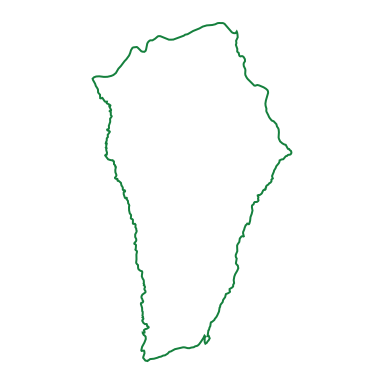 the district of Toledo, Antioquia, Colombia
{"feature_id": "7082276B75943482080922", "entity_name": "Toledo", "entity_type": "district", "adm_level": 2, "iso_a3": "COL", "parent_name": "Colombia", "parent_adm1": "Antioquia", "projection": "robinson", "projection_center": [-75.717, 7.008], "detail": "fine", "context": "isolated", "style": "outline", "palette": "green", "viewbox_px": 384, "rotation_deg": 0, "n_neighbors": 0, "source": "geoboundaries", "source_scale": "gbopen_adm2", "svg_char_len": 6013}
<svg xmlns="http://www.w3.org/2000/svg" viewBox="0 0 384 384"><path d="M236.7,31.5L235.6,33.1L234.1,33.2L232.5,32.7L231.6,32.0L224.5,23.8L223.0,23.1L218.9,23.0L217.5,23.2L215.2,24.3L212.2,25.0L206.8,25.4L202.7,26.6L199.5,28.4L193.1,31.0L187.6,34.2L185.1,34.7L183.8,35.7L173.2,39.6L169.0,39.7L160.4,36.2L158.9,36.1L157.8,36.4L155.0,38.8L153.2,39.9L152.5,40.3L150.5,40.3L149.7,40.6L148.4,41.7L147.3,43.4L146.1,49.4L145.6,50.8L144.4,51.8L142.7,51.7L141.4,51.3L137.8,47.7L136.8,47.0L133.4,47.4L132.5,47.8L131.0,50.2L130.2,52.9L129.1,55.5L126.4,59.2L124.5,61.2L120.9,66.0L118.4,68.7L115.9,73.0L113.4,75.0L111.3,75.9L107.4,76.8L104.0,76.9L99.2,76.3L96.1,76.5L94.0,77.3L92.6,78.7L93.0,80.0L95.1,83.7L95.8,85.9L97.6,88.7L98.0,89.9L98.1,92.3L98.4,92.9L100.0,94.7L100.2,98.2L100.9,98.4L102.4,97.9L104.6,101.2L105.2,101.7L106.9,101.7L106.6,102.8L106.8,103.3L109.5,104.6L110.4,105.4L110.2,106.0L109.3,106.0L109.3,106.5L111.1,109.9L111.0,110.5L110.1,110.7L109.7,111.1L110.8,112.3L110.8,115.0L111.7,116.2L111.4,116.9L110.1,118.7L110.2,121.9L108.8,125.9L109.0,127.1L108.9,128.5L108.6,129.0L107.2,129.5L107.1,129.8L107.5,130.4L109.5,131.2L109.8,131.6L109.7,132.1L107.7,134.9L107.9,137.0L106.8,138.3L106.7,140.8L106.2,141.7L105.7,143.5L106.0,144.0L106.4,143.2L106.6,143.1L106.8,143.5L106.2,145.9L106.2,147.1L106.5,147.9L106.0,148.0L106.2,148.4L106.3,150.3L107.0,152.6L106.8,154.6L106.4,154.9L105.8,154.7L105.5,154.9L105.2,155.5L108.1,159.3L110.2,160.0L111.7,160.3L112.6,160.2L112.9,160.8L113.9,161.4L114.0,164.2L115.0,165.2L115.3,166.6L115.7,166.6L115.9,167.1L115.3,169.8L115.4,172.3L116.3,174.6L116.4,175.5L115.9,176.6L115.0,177.6L115.0,178.0L115.4,178.5L116.5,179.0L117.3,178.9L117.6,179.3L117.5,180.5L117.7,180.8L118.8,181.0L120.9,182.8L121.5,185.6L122.2,186.4L122.8,187.7L122.8,189.6L123.3,190.2L124.6,190.2L125.1,191.0L125.0,191.5L124.1,191.8L123.7,192.5L123.7,194.2L124.9,197.8L125.5,198.1L126.6,197.8L126.9,198.1L126.5,198.9L126.6,199.2L127.9,200.8L128.2,203.4L129.0,204.6L129.3,205.6L129.0,206.9L129.1,210.4L129.8,213.4L130.9,214.7L131.1,215.6L130.8,218.2L131.3,218.8L132.4,219.2L132.9,219.8L132.9,223.5L133.3,223.9L135.0,223.9L135.6,224.8L135.4,227.2L136.2,228.6L136.3,230.0L136.7,231.0L136.4,232.1L135.2,234.4L135.2,236.2L135.2,237.0L136.2,239.0L136.3,240.2L136.0,241.2L134.4,243.1L134.3,243.5L134.5,244.0L135.5,244.4L136.0,245.1L135.8,248.3L135.4,249.6L135.7,250.1L136.6,250.7L137.0,251.7L136.4,254.6L136.5,259.3L136.2,262.3L136.2,262.9L136.8,263.9L138.0,265.1L138.1,268.0L138.6,269.4L140.3,270.7L142.0,271.3L142.3,272.1L141.8,276.3L142.8,278.9L143.3,279.4L143.7,280.3L143.9,282.4L143.6,283.5L144.2,284.3L143.8,285.2L144.8,286.3L145.0,287.1L144.4,288.6L144.4,289.4L145.5,291.2L145.4,292.4L142.4,294.6L141.5,296.3L141.5,297.8L142.3,299.1L142.6,300.3L143.2,301.2L142.9,302.2L142.5,302.6L141.3,302.8L140.9,303.6L140.9,304.1L142.1,307.9L142.2,311.1L142.7,311.8L142.7,314.3L142.4,315.4L143.0,316.7L142.5,317.5L143.2,318.0L143.4,318.8L142.9,319.8L142.3,320.2L142.3,320.9L143.5,323.0L145.0,324.1L146.4,324.0L146.8,324.2L147.1,326.0L148.4,326.7L148.7,327.3L148.6,327.6L146.7,328.8L145.3,329.1L144.1,330.0L143.9,330.3L144.6,332.0L144.5,332.6L144.1,332.7L142.7,332.5L142.8,333.4L143.3,334.0L143.7,334.9L144.6,335.5L145.6,336.6L145.8,339.0L144.4,342.6L142.1,346.8L141.3,350.3L141.6,350.9L143.9,350.6L144.3,351.2L144.5,353.3L143.2,357.2L143.2,357.9L145.4,360.6L147.4,361.0L147.6,360.6L148.1,360.6L150.1,359.1L154.0,358.7L157.5,357.7L159.1,357.0L161.1,356.6L163.1,355.6L165.0,355.3L167.7,353.6L169.3,351.8L170.7,351.5L174.9,349.2L183.1,347.3L184.9,347.4L187.5,348.1L189.3,348.2L191.2,347.6L193.8,347.2L195.0,346.4L197.5,345.7L199.0,344.4L201.0,341.7L203.4,338.0L204.5,335.7L205.3,336.6L204.3,338.9L204.7,339.1L204.6,341.0L204.8,342.4L205.4,343.7L206.7,342.9L207.6,341.4L208.6,340.4L209.7,338.3L208.7,335.9L207.6,336.1L208.4,330.4L209.0,329.8L209.5,327.6L210.3,326.1L210.7,323.0L211.2,322.1L212.1,321.8L214.3,320.0L214.8,318.9L216.5,316.8L217.4,315.1L219.0,311.5L219.6,307.6L220.1,306.9L220.3,305.3L221.0,304.1L222.6,302.2L223.2,299.8L225.1,297.2L225.9,294.1L228.3,293.1L229.8,292.1L230.0,291.5L229.6,290.5L229.6,289.0L232.0,287.6L233.1,286.5L233.2,284.8L234.1,283.1L233.7,280.1L234.3,276.6L235.2,274.2L237.3,270.6L238.3,268.2L237.8,265.6L236.4,264.2L235.9,263.2L236.7,258.5L236.0,257.4L235.7,256.1L235.8,254.8L237.3,251.2L237.1,245.6L237.6,244.4L239.3,241.9L239.8,238.5L241.3,236.6L241.8,236.3L242.7,236.2L243.3,236.5L243.8,236.3L243.1,233.5L243.1,232.1L244.2,229.5L244.6,227.9L245.7,225.2L246.5,224.7L247.2,223.6L247.8,223.6L248.8,224.2L249.0,224.1L249.4,223.4L250.1,220.8L250.5,217.1L251.7,213.9L252.5,210.6L251.9,207.1L252.0,205.7L252.3,205.2L253.5,204.4L254.0,202.9L254.6,202.1L257.0,201.9L258.2,201.0L258.5,200.2L258.0,198.8L258.4,197.5L257.8,196.1L257.7,195.4L258.4,195.0L259.4,195.2L261.3,193.9L261.9,193.2L263.1,190.5L264.0,189.8L264.9,189.9L265.6,189.2L265.7,188.8L265.4,188.4L266.1,187.4L266.0,186.8L266.3,186.1L267.2,185.2L268.4,184.5L269.2,183.3L270.4,182.7L271.3,181.6L271.5,180.9L271.4,179.7L271.9,179.1L272.8,178.5L272.1,176.4L272.1,175.9L273.9,171.6L274.1,170.5L275.5,168.3L276.3,166.2L278.8,163.2L279.5,161.6L279.6,160.4L281.4,159.5L283.3,159.2L285.7,156.3L287.2,155.8L287.6,155.2L288.4,154.8L289.7,154.7L290.5,154.4L291.2,153.5L291.4,152.3L291.0,151.0L289.5,149.8L289.2,149.1L287.9,148.8L285.7,144.8L284.4,144.5L282.4,143.4L280.1,141.4L278.9,138.7L278.6,137.4L278.9,132.4L278.7,129.8L278.3,128.4L277.0,126.5L276.4,124.2L273.7,121.3L271.7,120.5L269.9,118.3L269.0,116.9L268.2,115.0L266.5,111.7L266.3,110.9L266.4,108.6L265.6,105.8L265.4,103.6L265.9,100.5L268.1,92.9L268.0,91.4L267.5,90.2L266.0,88.8L263.6,87.3L259.1,85.4L257.3,85.0L255.1,85.7L254.2,85.5L247.7,79.0L246.6,77.5L245.4,75.1L245.2,73.7L245.4,70.3L245.2,69.0L243.8,66.1L243.6,64.2L243.8,63.1L245.0,61.2L244.9,59.2L243.7,57.1L242.7,56.3L242.0,56.1L240.4,56.4L239.6,56.0L239.2,55.2L238.6,52.7L237.6,52.1L237.2,51.4L237.3,48.9L235.9,44.9L236.4,43.1L236.1,40.8L237.7,37.3L237.5,34.6L237.1,32.4L236.7,31.5Z" fill="none" stroke="#15803d" stroke-width="2"/></svg>